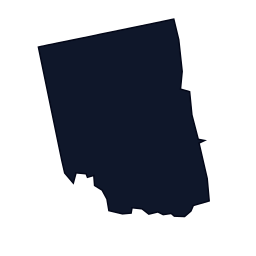 the district of Giles, Tennessee, United States of America, rotated 167°
{"feature_id": "52423323B25757785187311", "entity_name": "Giles", "entity_type": "district", "adm_level": 2, "iso_a3": "USA", "parent_name": "United States of America", "parent_adm1": "Tennessee", "projection": "robinson", "projection_center": [-87.032, 35.224], "detail": "fine", "context": "isolated", "style": "filled", "palette": "ink", "viewbox_px": 256, "rotation_deg": 167, "n_neighbors": 0, "source": "geoboundaries", "source_scale": "gbopen_adm2", "svg_char_len": 715}
<svg xmlns="http://www.w3.org/2000/svg" viewBox="0 0 256 256"><g transform="rotate(167 128 128)"><path d="M58.9,223.8L61.5,223.9L63.6,223.9L95.0,224.6L134.8,225.6L138.7,225.6L147.9,225.8L148.5,225.8L149.4,225.8L150.5,225.9L187.9,226.9L190.4,226.9L192.3,226.9L193.5,227.0L197.1,227.0L199.8,111.0L199.8,98.4L193.7,86.6L188.7,96.0L179.1,92.8L178.6,89.1L172.0,89.5L173.5,79.5L167.2,73.3L164.5,63.5L165.2,51.8L152.7,45.6L144.1,44.4L142.0,49.4L132.5,46.1L127.1,39.4L117.8,39.5L113.2,35.7L105.1,35.0L102.7,31.7L92.8,29.0L85.4,32.9L81.8,37.8L65.3,38.7L62.2,60.9L62.2,97.3L56.2,98.6L62.1,101.2L62.8,126.4L59.8,149.5L68.1,154.1L62.5,170.9L58.7,202.6L58.9,223.8Z" fill="#0f172a" stroke="#020617" stroke-width="1.5"/></g></svg>